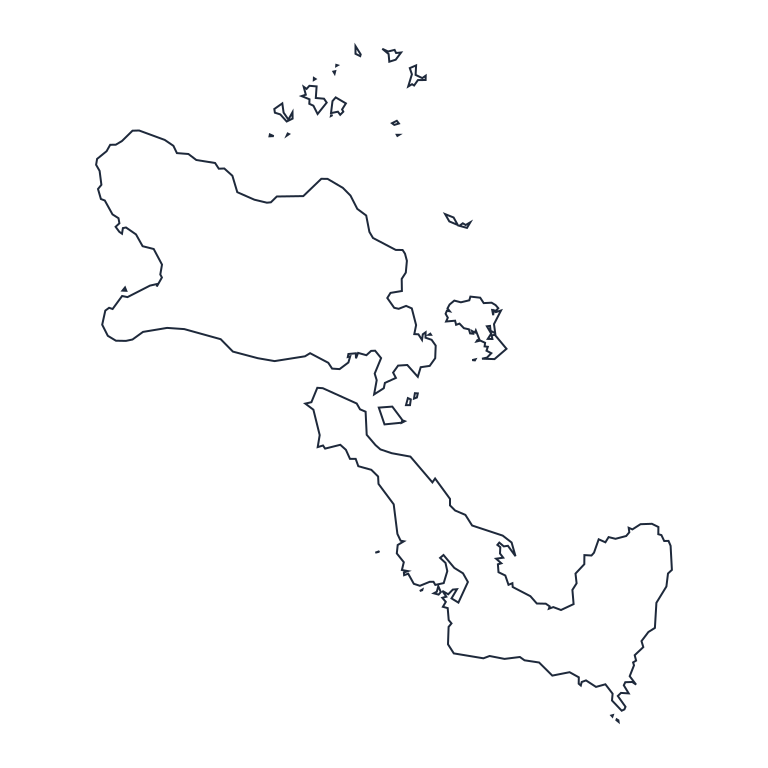 the district of Esa'ala District, Milne Bay, Papua New Guinea
{"feature_id": "67681753B65258827036221", "entity_name": "Esa'ala District", "entity_type": "district", "adm_level": 2, "iso_a3": "PNG", "parent_name": "Papua New Guinea", "parent_adm1": "Milne Bay", "projection": "mercator", "projection_center": [150.879, -9.618], "detail": "fine", "context": "isolated", "style": "outline", "palette": "slate", "viewbox_px": 768, "rotation_deg": 0, "n_neighbors": 0, "source": "geoboundaries", "source_scale": "gbopen_adm2", "svg_char_len": 6105}
<svg xmlns="http://www.w3.org/2000/svg" viewBox="0 0 768 768"><path d="M139.1,130.5L132.5,130.7L122.0,141.0L115.8,144.7L110.2,144.8L106.6,151.2L97.1,158.9L96.1,164.8L99.6,170.9L101.4,184.8L98.0,189.0L100.9,199.0L104.8,200.5L112.5,214.4L118.5,218.2L119.4,223.3L115.6,226.8L119.3,231.8L122.0,233.7L122.9,228.1L126.0,227.5L136.0,234.4L142.6,246.2L153.7,249.0L162.0,264.6L160.3,274.5L161.9,277.5L156.8,286.5L157.1,284.0L150.0,285.6L127.5,297.1L122.1,296.0L112.6,309.0L109.1,307.8L105.3,310.6L102.2,324.7L107.8,335.8L115.9,340.7L125.9,340.9L132.5,339.5L143.0,331.9L167.1,327.9L184.3,329.1L220.7,339.2L232.9,351.6L257.8,358.2L274.6,361.1L305.0,356.3L310.1,353.2L328.3,362.8L332.1,368.6L339.6,369.1L348.4,362.5L350.2,356.3L347.8,357.0L348.4,354.0L355.8,353.3L356.0,358.3L358.1,352.9L366.4,355.2L371.1,350.9L375.1,350.7L381.1,358.1L374.7,373.6L376.7,380.2L374.1,394.4L383.8,388.2L384.9,382.9L395.9,377.9L393.1,372.6L398.1,365.6L407.3,365.0L417.8,376.8L420.7,367.2L429.7,365.9L435.2,358.2L435.7,345.6L431.6,339.8L425.5,337.7L425.6,332.3L422.8,334.3L422.0,339.9L418.4,334.3L414.3,334.1L416.1,325.1L411.8,308.4L406.1,305.9L398.7,308.8L394.2,307.8L387.3,298.0L390.5,292.9L401.9,291.0L401.7,278.9L405.8,272.6L406.9,260.8L405.0,253.7L402.6,250.0L395.7,249.9L373.0,238.0L369.4,231.9L366.2,215.5L357.3,208.9L350.5,195.6L342.9,187.9L327.6,178.9L321.3,178.8L303.3,196.1L276.8,196.5L270.9,202.3L266.9,202.7L254.4,199.7L237.3,192.2L232.4,175.8L224.3,168.5L218.8,168.7L215.1,163.0L196.3,160.0L188.4,154.0L176.9,153.1L173.4,145.8L164.7,139.9L139.1,130.5ZM317.3,387.8L311.4,402.2L305.3,403.6L313.4,409.7L319.7,435.1L317.7,447.1L323.0,445.5L325.1,448.6L340.3,444.8L345.9,449.8L350.0,458.9L355.7,458.9L358.3,466.2L371.3,469.8L378.1,476.5L378.5,483.9L393.7,504.3L397.4,533.9L400.6,540.7L403.9,541.3L397.7,545.0L396.8,553.4L403.8,562.2L401.9,570.0L407.9,571.1L403.9,572.5L404.1,575.2L408.2,573.7L413.8,583.8L419.9,585.8L429.7,581.8L433.5,581.8L435.3,584.9L443.7,583.1L447.3,571.1L445.5,562.9L440.1,557.9L443.5,555.0L454.3,567.9L463.0,573.3L467.9,582.0L458.4,602.6L451.5,598.4L457.0,589.2L452.8,589.6L448.2,594.3L442.4,590.9L446.3,596.7L442.3,597.8L445.8,601.9L442.9,606.8L447.7,608.1L448.7,620.0L451.5,623.4L448.6,626.9L448.0,644.3L453.8,653.4L483.4,658.3L489.6,656.0L504.5,658.9L519.9,657.0L524.5,660.3L539.1,662.5L552.3,675.6L569.6,672.2L578.8,677.3L578.7,683.7L580.8,685.5L581.7,682.0L586.0,680.4L596.0,686.9L605.4,684.3L612.6,693.7L612.0,700.5L621.7,710.7L624.4,709.4L625.5,706.8L617.8,696.0L621.0,692.9L628.7,693.4L623.8,685.3L625.3,682.2L632.3,682.0L636.1,684.6L629.7,676.2L634.0,665.3L633.1,662.4L636.1,660.6L634.7,655.2L643.3,647.1L641.5,641.1L648.4,632.0L654.9,627.9L656.4,602.8L666.4,586.5L668.0,573.5L671.9,569.9L670.6,545.8L668.5,540.9L664.2,541.0L661.4,535.1L658.3,534.2L658.4,527.0L651.9,523.8L640.5,524.2L632.4,529.4L628.7,527.8L629.3,532.3L626.2,536.0L615.5,538.8L608.6,537.1L605.4,542.3L598.7,539.3L594.0,552.7L591.5,555.5L584.4,555.1L584.3,564.2L575.5,573.6L576.6,583.3L572.4,589.9L573.6,604.1L561.0,610.0L553.3,607.1L548.9,608.7L549.7,606.4L545.8,603.7L536.8,603.5L530.4,596.2L512.7,587.0L512.4,583.2L508.5,584.8L505.3,575.5L498.5,572.2L497.9,564.3L501.3,563.3L496.1,558.7L503.2,557.7L500.0,553.5L500.3,547.2L497.4,544.9L499.3,542.6L503.8,546.4L507.9,545.8L515.5,556.2L511.6,542.5L502.7,535.6L472.1,525.5L465.4,514.9L455.1,510.5L450.0,505.4L450.0,498.9L435.1,478.5L432.4,482.4L410.4,456.6L391.7,453.2L380.4,449.4L375.5,445.1L366.7,434.8L365.6,411.7L360.0,409.3L356.7,403.5L322.8,388.2L317.3,387.8ZM480.2,297.7L470.4,296.6L469.3,300.3L460.9,302.3L454.3,300.6L449.6,304.5L447.5,308.4L449.8,311.3L446.9,310.7L445.6,313.8L447.8,317.7L446.1,321.5L455.1,320.7L456.1,324.8L459.5,323.6L463.9,328.2L468.9,329.3L470.1,333.4L473.0,333.7L472.0,331.0L474.9,332.6L475.8,330.4L479.7,340.3L485.1,342.8L484.6,346.4L487.8,346.8L486.5,350.7L491.3,353.2L487.0,357.6L482.0,358.7L494.5,359.1L506.5,348.8L494.9,334.9L491.6,335.3L492.4,339.0L487.8,338.9L491.2,333.6L486.9,326.3L490.0,325.9L490.6,330.8L495.2,333.2L494.0,324.1L501.0,310.5L495.8,312.1L493.7,310.5L493.2,315.2L492.2,310.0L496.0,310.7L498.3,308.2L495.6,305.1L491.6,302.7L483.7,303.1L480.2,297.7ZM316.6,86.4L309.4,85.8L306.6,88.9L303.7,86.8L305.8,94.7L301.6,96.1L309.5,99.3L309.3,103.8L313.4,105.7L317.6,114.0L326.7,102.6L324.0,98.7L315.8,98.0L316.6,86.4ZM392.3,406.6L378.8,407.6L384.5,424.4L401.7,422.7L402.3,420.0L392.3,406.6ZM343.3,111.7L342.1,109.4L345.9,103.4L335.7,97.4L332.5,101.1L331.0,113.1L337.9,111.7L340.2,114.8L343.3,111.7ZM422.3,78.1L415.6,74.9L416.1,65.4L409.8,68.1L411.9,74.3L408.2,86.5L412.0,84.2L414.1,85.5L417.9,80.1L425.6,80.0L425.7,75.7L422.3,78.1ZM388.1,51.5L382.3,48.8L388.6,54.0L389.3,61.7L395.7,59.7L401.1,52.5L396.1,53.0L394.6,49.9L388.1,51.5ZM283.6,112.6L282.3,103.4L274.3,109.0L274.9,112.7L280.3,114.4L286.7,121.5L292.6,118.6L292.5,112.2L288.4,119.6L283.6,112.6ZM457.8,225.0L453.6,217.5L445.1,214.1L449.3,221.4L457.8,225.0ZM467.0,227.9L470.3,222.3L465.7,225.0L462.8,223.3L459.4,225.8L467.0,227.9ZM440.8,592.1L438.3,586.2L436.8,591.7L433.8,593.3L438.6,594.6L440.8,592.1ZM410.0,405.1L410.8,399.4L407.9,398.1L406.0,405.1L410.0,405.1ZM360.2,56.1L360.7,54.4L355.5,46.1L355.5,53.8L360.2,56.1ZM398.9,123.5L396.8,120.8L392.0,123.2L394.3,124.9L398.9,123.5ZM414.0,398.6L416.9,397.5L417.8,393.4L414.9,393.2L414.0,398.6ZM126.3,290.8L125.0,287.5L122.5,290.6L126.3,290.8ZM269.5,136.3L273.7,136.1L269.9,134.4L269.5,136.3ZM375.3,552.7L378.6,551.9L379.4,551.2L375.3,552.7ZM472.2,360.1L474.9,360.4L475.5,359.3L472.2,360.1ZM286.7,135.7L289.0,134.1L287.7,133.5L286.7,135.7ZM397.4,135.9L399.2,134.8L396.8,134.8L397.4,135.9ZM334.6,73.6L335.2,71.2L333.4,71.6L334.6,73.6ZM313.8,80.0L315.5,79.0L313.9,78.0L313.8,80.0ZM618.6,721.9L618.4,720.3L616.7,719.3L616.4,720.1L618.6,721.9ZM476.5,341.5L479.0,340.9L477.4,340.1L476.5,341.5ZM419.8,591.0L422.2,590.2L422.4,589.5L419.8,591.0ZM428.7,334.8L431.0,334.8L430.3,333.7L428.7,334.8ZM330.9,116.0L332.6,115.1L331.0,115.5L330.9,116.0ZM612.4,716.6L612.9,715.1L611.4,715.5L612.4,716.6ZM403.0,422.1L404.8,421.2L403.8,420.8L403.0,422.1ZM336.2,66.1L337.6,65.3L336.3,64.9L336.2,66.1Z" fill="none" stroke="#1e293b" stroke-width="2"/></svg>